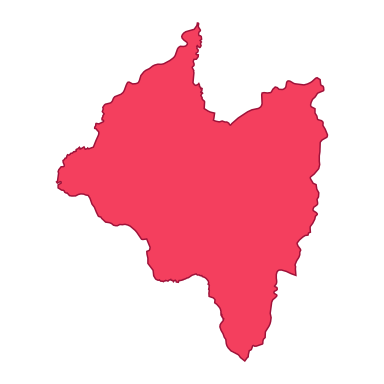 Wiang Chai, Chiang Rai, Thailand (Robinson projection)
{"feature_id": "78962969B32400228790118", "entity_name": "Wiang Chai", "entity_type": "district", "adm_level": 2, "iso_a3": "THA", "parent_name": "Thailand", "parent_adm1": "Chiang Rai", "projection": "robinson", "projection_center": [99.97, 19.862], "detail": "fine", "context": "isolated", "style": "filled", "palette": "rose", "viewbox_px": 384, "rotation_deg": 0, "n_neighbors": 0, "source": "geoboundaries", "source_scale": "gbopen_adm2", "svg_char_len": 5907}
<svg xmlns="http://www.w3.org/2000/svg" viewBox="0 0 384 384"><path d="M244.8,361.0L247.3,357.6L248.2,356.9L248.4,354.4L249.3,350.6L250.8,350.0L251.5,349.2L252.7,345.8L253.5,345.5L254.6,346.2L256.4,346.1L262.5,344.0L262.8,343.4L262.9,341.2L263.2,339.9L263.7,338.9L265.1,337.6L265.4,331.8L269.0,326.1L270.0,323.8L270.6,321.6L271.1,317.6L270.2,313.3L271.7,302.1L272.8,299.7L275.6,297.4L276.9,295.8L276.7,294.9L274.3,293.4L273.9,292.5L274.3,291.4L276.6,290.2L277.2,289.4L277.2,288.6L276.9,287.5L274.9,286.6L274.5,286.1L276.0,284.3L276.6,282.9L276.7,281.2L276.3,278.1L276.3,274.5L277.0,272.0L278.1,270.6L279.1,270.1L281.5,270.0L286.3,271.4L291.2,273.7L295.9,275.4L295.4,268.9L295.6,266.7L295.1,265.3L295.2,264.3L296.7,260.7L298.8,257.5L299.8,254.8L299.8,252.0L300.7,250.2L300.4,249.2L297.9,245.8L297.1,243.6L297.2,242.9L299.5,239.9L302.7,237.1L305.1,235.5L308.0,235.1L308.5,233.0L310.4,232.2L310.1,227.8L310.3,226.5L312.7,223.3L314.8,219.1L315.4,216.3L317.2,214.6L317.3,213.9L316.4,212.7L313.2,210.6L313.0,209.4L313.7,207.3L316.8,205.1L317.6,204.0L317.6,202.6L317.0,199.4L318.5,196.9L318.8,192.8L316.8,189.2L316.1,184.6L313.2,183.3L310.6,179.0L310.2,177.8L310.6,176.9L314.2,174.0L318.7,168.7L319.7,164.6L319.3,161.3L319.3,155.8L319.9,151.8L320.2,142.6L320.6,141.7L322.2,139.9L326.9,137.2L327.3,136.3L327.5,134.9L325.2,129.2L322.9,125.4L323.1,122.9L322.9,122.0L321.6,120.7L318.2,119.7L317.5,119.2L316.9,116.1L315.0,113.0L315.0,108.7L311.3,106.8L310.7,105.8L310.6,104.9L311.1,102.5L312.5,99.4L315.2,96.9L317.3,93.6L318.0,93.0L323.5,90.7L323.8,90.0L323.6,87.5L323.1,86.3L321.4,85.4L320.7,84.6L320.1,79.6L317.1,77.7L315.7,78.2L312.2,81.4L310.4,82.6L307.4,84.0L304.0,84.9L295.1,83.8L293.8,83.4L290.1,81.2L288.8,80.9L287.6,81.1L286.7,82.2L285.9,86.6L285.5,87.7L283.4,89.3L282.1,89.5L279.0,89.3L277.3,87.6L275.2,87.0L272.9,89.2L271.4,91.9L270.6,92.6L267.4,93.0L264.0,92.6L262.1,93.0L261.7,94.8L262.1,103.6L261.6,105.4L260.6,107.0L258.5,108.4L251.9,109.8L247.6,111.8L238.2,118.0L231.8,123.6L230.6,125.1L229.6,124.7L228.7,123.1L226.8,122.0L224.9,122.0L222.2,121.0L219.3,121.9L215.5,121.1L213.4,120.2L213.9,118.2L214.6,113.1L210.4,112.1L208.0,111.0L204.2,108.6L204.6,101.8L204.3,101.1L203.0,100.0L202.0,98.7L202.2,97.8L200.9,95.5L201.8,93.8L202.6,93.2L202.1,92.5L201.3,92.6L200.8,92.2L201.1,91.4L201.8,90.8L202.1,88.5L201.6,88.3L200.7,88.6L200.6,87.3L199.5,86.6L199.5,85.1L198.8,83.5L197.9,84.5L195.9,85.4L194.5,84.8L193.0,82.7L193.9,72.9L193.6,71.5L193.8,70.6L192.2,67.7L192.5,66.8L193.7,65.8L194.1,65.0L194.0,63.6L193.3,61.9L193.3,61.1L193.9,59.4L196.4,59.2L198.2,56.7L198.3,54.8L196.5,54.6L196.0,54.0L196.2,53.1L197.7,52.1L198.2,50.8L198.0,49.6L196.9,48.6L197.1,47.3L196.7,46.6L197.3,45.6L199.4,47.5L200.1,47.4L201.1,45.7L200.5,43.9L200.8,42.7L201.4,42.0L200.1,40.5L201.6,39.3L201.3,36.7L200.6,35.9L199.0,35.5L198.6,33.9L198.9,32.2L200.3,30.8L200.4,30.1L198.5,27.1L198.3,25.9L198.7,23.8L198.4,23.2L197.4,23.0L196.9,25.5L194.2,29.3L185.8,31.7L183.7,33.1L182.4,34.7L181.7,36.5L182.2,38.2L183.8,40.0L186.9,42.3L187.4,43.5L187.3,44.4L185.6,46.1L183.3,46.5L180.3,46.3L178.5,47.5L177.5,49.0L175.2,55.5L174.3,56.9L173.1,58.1L169.9,60.5L163.7,63.8L161.3,64.3L157.8,64.2L154.5,65.1L152.6,66.1L149.4,68.6L145.7,70.4L143.9,71.8L140.9,75.5L139.3,80.8L138.5,82.3L137.6,83.1L135.6,83.7L132.6,83.9L129.1,82.1L128.0,82.2L127.2,83.1L126.2,85.2L124.3,90.4L123.1,92.5L120.9,94.3L114.8,96.7L113.5,98.2L112.3,101.2L110.9,102.7L109.9,103.1L105.4,104.2L104.4,105.0L102.8,107.4L103.2,109.0L102.3,111.6L104.1,113.9L102.9,115.6L102.8,116.9L102.0,118.1L102.0,119.8L103.5,120.4L103.6,121.3L103.0,121.9L98.9,123.9L96.2,123.4L95.8,123.9L95.7,125.7L94.7,127.2L94.7,128.4L96.1,128.8L97.6,130.8L98.5,131.4L98.9,132.9L98.5,135.0L96.0,140.5L93.4,147.1L88.8,148.8L87.7,148.0L87.4,148.6L85.2,149.2L84.0,146.9L81.1,148.7L80.1,149.0L80.0,148.0L79.4,147.8L79.3,147.4L77.7,148.9L76.5,149.3L76.1,149.7L76.3,150.9L75.8,151.4L75.2,151.3L74.7,151.8L73.7,151.7L72.4,153.1L70.8,153.3L70.3,153.8L70.1,154.4L68.9,155.1L67.6,154.7L66.9,155.9L66.4,157.9L65.1,158.2L64.3,159.6L63.0,160.5L63.2,162.5L64.3,165.0L64.1,166.3L63.7,166.6L61.1,166.8L58.8,169.7L58.1,171.7L58.6,173.0L57.6,180.5L57.4,181.2L56.5,181.9L57.4,183.1L60.2,181.6L60.9,181.7L61.2,182.4L61.1,183.1L58.1,184.9L58.1,187.9L61.6,190.1L63.3,190.3L64.0,190.7L64.8,192.3L66.3,193.1L67.2,193.0L69.5,195.6L71.8,196.0L75.6,195.9L78.5,194.4L80.9,193.9L83.7,194.1L85.8,195.0L88.2,195.4L90.0,198.3L92.0,204.1L94.4,207.2L96.4,212.2L98.3,216.1L99.1,216.6L100.8,217.0L101.7,218.4L105.6,222.1L109.5,222.7L111.5,223.5L113.5,225.2L115.7,225.7L117.4,225.7L119.8,224.5L122.4,224.7L125.0,224.3L127.8,225.0L130.3,226.2L135.2,230.4L136.8,232.3L141.5,239.2L142.9,239.5L146.7,239.0L150.1,247.3L149.8,249.3L149.2,250.4L146.8,251.4L147.0,254.3L147.9,258.2L147.9,263.4L153.1,270.3L153.7,275.8L155.4,278.7L156.0,279.3L157.9,280.2L158.9,280.2L159.4,279.9L160.6,281.1L162.8,281.3L163.4,281.7L164.5,280.9L165.3,280.9L165.7,280.4L168.0,281.1L168.8,280.3L170.8,279.4L171.2,280.3L172.7,280.5L173.4,281.7L174.3,280.6L175.3,280.2L175.8,280.6L176.3,282.0L178.3,282.3L179.1,280.5L180.5,280.5L182.5,280.0L182.9,279.6L183.5,279.7L183.9,279.3L185.7,278.8L186.4,278.2L188.4,277.7L192.1,275.2L196.1,273.9L197.3,275.0L199.2,275.0L200.2,275.7L201.8,275.6L202.2,276.5L204.7,277.4L206.3,278.6L208.2,280.9L208.7,282.8L208.1,284.1L208.7,284.3L209.3,285.4L209.0,285.9L209.2,286.9L208.8,288.4L209.0,288.9L208.7,289.3L209.3,290.4L208.9,293.2L209.1,296.4L213.4,297.9L215.0,299.6L214.7,302.8L216.8,304.3L219.7,307.7L220.4,309.2L221.0,311.6L220.9,313.2L221.6,314.4L221.0,314.5L221.0,315.0L221.7,316.2L222.2,316.2L222.2,317.2L222.5,317.4L222.7,318.0L223.6,318.6L223.3,319.0L223.5,319.4L223.2,319.7L223.4,320.0L223.3,320.5L221.1,323.2L220.2,324.7L219.9,326.9L221.1,330.4L223.0,333.6L224.3,337.3L225.8,339.4L226.3,343.8L227.0,345.9L228.3,348.0L231.0,350.9L238.1,354.6L239.0,355.4L240.4,357.5L244.8,361.0Z" fill="#f43f5e" stroke="#9f1239" stroke-width="1.5"/></svg>